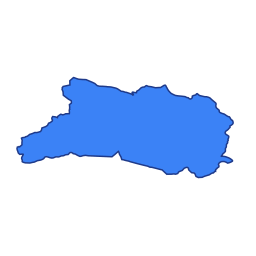 Kota Sawah Lunto, Sumatera Barat, Indonesia (Equal Earth projection), rotated 97°
{"feature_id": "22746128B93370341632229", "entity_name": "Kota Sawah Lunto", "entity_type": "district", "adm_level": 2, "iso_a3": "IDN", "parent_name": "Indonesia", "parent_adm1": "Sumatera Barat", "projection": "equal_earth", "projection_center": [100.756, -0.661], "detail": "fine", "context": "isolated", "style": "filled", "palette": "blue", "viewbox_px": 256, "rotation_deg": 97, "n_neighbors": 0, "source": "geoboundaries", "source_scale": "gbopen_adm2", "svg_char_len": 5531}
<svg xmlns="http://www.w3.org/2000/svg" viewBox="0 0 256 256"><g transform="rotate(97 128 128)"><path d="M157.4,34.8L156.8,34.5L155.9,33.5L155.7,33.3L155.5,33.1L154.6,33.1L153.8,33.4L153.4,33.6L153.1,33.8L152.3,33.6L151.6,33.2L151.1,32.7L150.6,32.2L150.2,31.5L150.1,31.3L150.0,31.1L149.8,30.4L149.7,29.7L149.6,29.2L149.6,28.4L149.6,27.9L149.7,27.7L149.9,26.8L150.0,26.4L150.1,26.2L150.2,25.9L150.5,25.3L150.6,25.0L150.7,24.7L150.2,23.6L150.0,23.0L149.7,22.5L149.5,22.2L149.2,21.6L148.7,20.9L148.3,20.4L148.2,20.3L147.6,20.3L147.3,20.6L146.9,21.1L146.5,21.8L146.0,22.8L145.8,23.2L145.4,24.2L145.3,24.6L145.0,25.8L144.9,26.4L144.7,27.0L144.6,27.7L144.5,28.4L144.5,29.8L144.5,30.5L144.6,31.2L144.7,31.6L144.7,31.9L144.6,32.0L143.1,31.1L142.3,30.8L141.8,30.5L141.2,29.9L140.9,29.5L140.4,29.2L139.7,28.7L139.2,28.5L138.8,28.5L138.7,28.5L138.4,28.6L137.4,28.7L136.6,28.8L136.4,28.8L136.0,28.7L135.5,28.3L135.0,28.2L134.4,28.1L134.0,28.2L133.4,28.2L132.8,28.3L132.2,28.2L131.6,27.9L131.3,27.7L131.0,27.5L130.5,27.3L129.8,27.5L129.3,27.6L129.2,27.6L128.7,27.3L128.3,27.1L127.6,27.1L127.4,27.2L127.1,27.4L126.9,27.4L126.5,27.3L126.1,27.1L125.8,27.0L125.1,27.0L125.0,26.9L124.2,26.9L123.8,27.1L123.1,28.3L123.0,28.5L122.7,29.2L122.6,29.5L122.4,29.8L122.3,30.0L122.0,30.3L121.8,30.5L121.4,30.8L121.2,30.9L121.0,31.0L120.9,31.0L120.4,31.0L120.0,30.8L119.8,30.8L119.3,30.5L119.1,30.4L118.6,29.9L118.4,29.6L118.1,29.2L117.7,28.9L117.4,28.6L117.1,28.3L116.7,28.1L115.5,27.3L115.1,26.9L114.9,26.8L114.7,26.8L113.8,27.1L113.6,27.1L113.3,26.9L113.1,26.5L112.9,26.2L112.7,25.9L112.4,25.6L112.0,25.2L111.9,25.1L111.7,24.9L111.5,24.7L111.3,24.6L110.9,24.4L110.6,24.3L110.2,24.3L109.9,24.3L109.2,24.5L108.9,24.6L108.1,25.0L107.7,25.3L107.6,25.5L107.5,26.1L106.9,26.8L106.7,27.0L105.5,27.9L105.4,28.0L105.2,28.1L104.8,28.5L104.5,28.9L104.5,29.6L104.4,30.2L104.2,30.6L104.0,31.1L103.8,31.5L103.7,31.7L103.5,32.2L103.2,32.7L102.9,33.3L102.6,33.9L102.5,34.0L102.4,34.8L102.2,35.3L102.1,36.4L101.8,37.2L101.7,37.8L101.5,38.3L101.1,39.0L100.7,39.4L100.2,39.5L99.9,39.5L99.5,39.7L99.1,39.9L99.0,40.0L98.8,40.3L98.7,40.5L98.4,41.0L97.9,41.7L97.5,42.4L97.3,42.6L97.0,42.9L96.2,43.3L95.7,43.4L95.6,43.5L95.4,43.5L94.6,43.6L94.3,43.5L93.9,43.5L93.7,43.5L93.2,43.6L92.9,43.7L92.6,44.0L92.4,44.1L91.7,45.2L89.6,48.4L88.2,50.3L87.7,51.8L87.4,53.9L87.6,55.7L87.4,57.7L87.2,59.6L87.0,61.1L86.2,62.3L85.5,63.5L85.8,64.2L86.7,64.6L87.0,65.1L87.9,67.2L88.6,68.1L89.8,67.9L90.7,68.3L91.6,69.3L91.5,70.7L90.6,71.9L90.6,73.2L89.9,75.2L89.9,78.5L90.0,82.4L89.9,85.0L89.2,87.2L88.4,89.4L87.1,91.1L86.0,92.3L84.7,93.4L83.6,94.1L82.6,94.9L81.3,95.7L80.9,96.4L81.4,97.6L83.8,100.5L84.1,102.4L84.5,104.6L84.7,105.7L84.2,109.8L84.2,110.3L84.2,113.0L83.7,114.6L83.7,114.9L84.1,115.6L85.2,116.6L85.4,117.3L85.6,118.1L85.8,118.8L86.7,120.1L88.4,121.4L89.2,122.1L90.2,123.6L91.0,123.9L91.9,123.9L92.0,125.4L91.9,126.6L91.7,127.5L92.2,128.2L92.7,128.1L93.5,127.1L94.4,126.7L94.7,127.2L93.8,128.4L93.9,128.6L92.8,133.9L92.8,135.3L92.3,137.4L92.4,139.2L91.6,140.7L90.4,143.2L89.9,144.9L89.4,149.6L89.4,151.0L89.6,153.9L89.5,154.3L89.7,158.4L89.8,159.0L90.0,161.5L89.7,163.7L88.7,165.2L87.9,166.3L87.1,168.6L85.1,175.6L85.4,179.1L85.6,183.0L85.3,184.7L84.6,187.7L84.7,187.8L84.6,188.3L88.2,191.5L92.4,190.9L94.7,197.5L95.1,197.6L95.9,198.2L96.6,198.0L97.6,198.2L99.9,196.9L103.4,196.2L106.7,190.5L107.8,187.7L109.3,187.3L110.3,187.3L111.9,189.0L113.2,188.7L114.6,188.4L115.6,188.4L116.7,188.1L117.2,188.5L118.1,188.4L119.2,188.1L120.2,188.0L120.9,188.0L121.5,191.7L122.3,192.9L122.9,194.4L122.6,195.6L122.6,196.6L125.2,199.3L126.3,199.3L125.8,201.5L125.8,204.2L127.3,204.8L128.3,204.7L129.3,203.9L130.4,204.1L132.1,205.9L132.9,207.4L135.2,208.2L136.6,209.8L137.9,212.3L138.4,213.4L140.9,213.7L142.2,214.5L143.1,216.5L143.7,218.1L143.8,219.9L145.2,222.3L146.3,224.8L148.5,226.9L149.1,228.5L149.6,228.9L150.0,229.8L150.5,231.8L151.1,232.5L153.2,231.5L155.4,231.5L157.6,231.2L159.9,233.2L159.7,233.9L160.1,234.3L160.1,234.5L160.4,235.5L161.3,235.6L161.9,235.7L163.2,235.3L164.3,234.7L165.1,234.3L166.1,233.9L166.9,232.9L167.4,232.1L167.0,230.8L166.8,229.3L166.9,228.8L167.4,228.8L168.1,229.2L169.1,229.4L169.8,229.8L170.9,229.9L171.7,229.7L172.5,229.1L174.3,228.9L174.8,227.8L175.1,225.6L174.9,223.6L174.7,221.1L173.7,218.4L173.2,216.7L172.3,215.3L171.4,213.8L171.1,212.7L170.4,210.6L169.4,208.8L168.5,207.8L167.3,207.2L166.7,206.5L166.4,205.3L166.6,203.7L167.0,201.8L167.1,199.9L166.7,198.4L165.4,196.1L165.2,193.5L164.8,192.5L163.8,190.7L163.5,189.1L163.2,188.3L162.2,186.8L161.9,185.5L161.6,184.2L161.3,183.9L160.1,183.1L159.4,182.4L159.2,181.2L159.6,179.9L160.1,179.4L160.2,178.6L160.3,177.0L161.0,175.5L161.4,174.4L161.7,173.4L162.0,172.5L161.9,171.5L161.5,170.5L160.9,169.2L160.3,166.8L160.4,164.0L158.5,140.4L155.6,137.6L154.0,136.2L152.8,135.1L152.6,134.9L152.4,134.6L152.8,134.4L153.1,134.2L153.6,133.9L155.1,133.3L157.5,131.5L160.1,130.3L160.1,128.8L160.5,126.6L160.8,123.2L161.2,121.7L161.6,118.7L162.2,114.6L163.1,107.4L163.5,103.6L164.2,101.6L164.1,99.5L164.6,95.5L165.2,91.1L165.4,89.3L165.4,89.0L165.8,88.5L167.5,86.2L169.2,83.8L168.9,83.0L169.0,82.6L168.8,81.4L168.5,79.1L168.0,77.0L168.0,75.0L167.1,73.1L165.5,72.4L164.7,71.2L163.5,69.0L161.1,67.3L160.0,65.4L159.9,64.0L160.6,63.1L162.1,62.7L163.3,61.2L164.6,59.4L164.6,57.0L165.4,55.9L167.8,54.6L168.2,53.3L168.6,52.1L168.4,51.3L167.9,48.4L166.6,46.2L165.7,44.2L164.5,41.5L163.1,39.9L162.1,38.1L162.2,37.8L162.1,37.7L160.2,36.3L160.3,35.8L158.6,35.9L157.4,34.8Z" fill="#3b82f6" stroke="#1e3a8a" stroke-width="1.5"/></g></svg>